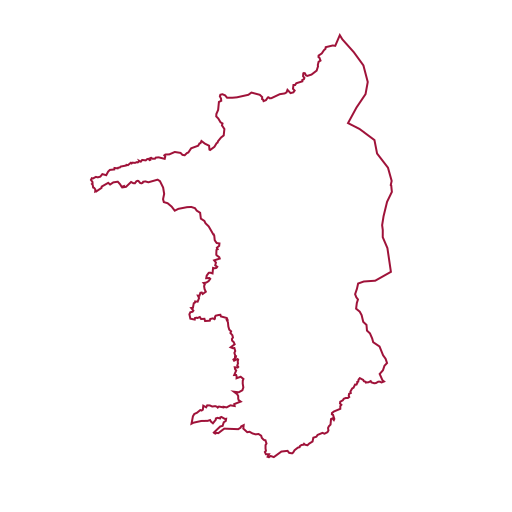 the district of Pano Panagia, Paphos, Cyprus, rotated 349°
{"feature_id": "46923920B33714587896947", "entity_name": "Pano Panagia", "entity_type": "district", "adm_level": 2, "iso_a3": "CYP", "parent_name": "Cyprus", "parent_adm1": "Paphos", "projection": "orthographic", "projection_center": [32.621, 34.95], "detail": "fine", "context": "isolated", "style": "outline", "palette": "rose", "viewbox_px": 512, "rotation_deg": 349, "n_neighbors": 0, "source": "geoboundaries", "source_scale": "gbopen_adm2", "svg_char_len": 6118}
<svg xmlns="http://www.w3.org/2000/svg" viewBox="0 0 512 512"><g transform="rotate(349 256 256)"><path d="M380.4,55.2L373.9,64.8L371.5,64.0L364.3,64.3L363.7,65.9L361.9,67.0L359.2,69.7L355.7,71.2L355.3,72.6L356.1,73.5L356.6,76.5L354.5,77.3L353.1,80.4L353.1,81.6L350.9,85.6L345.1,88.5L340.7,89.0L339.5,88.2L338.9,86.0L337.9,85.5L337.3,85.7L336.5,88.5L337.5,90.4L336.7,91.6L335.0,92.1L334.8,93.4L328.5,94.1L327.0,95.6L325.4,95.3L324.2,98.9L325.5,101.0L323.9,102.5L321.0,102.7L318.6,98.9L317.2,101.2L315.2,101.9L310.2,101.7L301.2,104.0L299.5,103.8L298.6,102.6L297.9,102.6L295.5,104.9L293.0,105.4L292.8,103.9L291.9,103.1L292.4,101.2L290.5,98.5L282.7,94.7L279.3,96.3L267.5,96.6L262.7,96.1L257.8,95.1L256.3,92.4L253.9,90.8L251.8,90.9L251.0,92.3L251.7,94.8L251.5,97.0L249.0,97.7L246.7,105.4L244.2,109.0L243.6,111.4L245.2,113.8L246.7,118.0L248.4,119.5L247.5,121.3L249.2,125.3L247.3,131.5L244.3,133.0L240.5,136.2L240.0,137.3L238.8,137.8L236.0,140.9L231.2,143.2L230.6,142.7L231.0,138.8L227.3,136.0L224.4,132.7L223.0,134.7L222.0,134.7L220.3,136.7L212.9,137.9L209.3,141.5L207.8,141.8L205.2,143.5L203.1,142.7L201.6,140.4L196.1,138.4L190.3,139.7L186.4,139.1L185.2,139.7L185.9,141.1L184.9,143.2L179.3,140.6L176.4,140.3L175.4,141.2L173.0,140.8L171.8,139.6L170.8,139.8L170.7,141.4L169.9,141.6L168.9,140.1L167.7,140.1L166.0,141.1L162.6,140.0L160.9,141.4L159.5,140.3L159.6,140.7L157.8,141.6L157.1,141.1L155.0,141.5L152.4,140.8L151.6,141.4L150.9,140.6L147.6,142.4L146.2,141.8L145.7,142.4L140.2,142.4L139.4,143.1L137.4,143.1L137.0,143.6L133.9,142.6L133.4,144.0L129.0,143.6L127.0,144.9L124.4,148.1L120.8,146.3L118.3,148.4L115.7,148.6L113.9,147.8L110.7,148.8L109.7,148.3L108.5,149.8L109.6,152.1L109.4,153.6L108.7,154.0L109.3,155.1L109.2,157.7L110.1,158.2L111.0,160.1L110.5,161.9L111.1,161.7L111.4,162.2L117.3,159.7L117.8,158.4L124.9,156.0L126.4,158.0L130.0,156.5L134.5,156.7L136.3,159.7L137.3,162.4L139.3,162.2L138.6,163.2L141.6,163.3L147.5,159.5L149.4,161.1L151.0,161.5L152.9,159.8L154.2,159.6L154.9,159.9L156.2,162.2L157.4,162.8L158.6,162.6L159.4,161.6L161.7,161.7L164.4,163.1L174.0,162.3L176.0,164.2L177.9,171.1L177.7,177.5L175.6,182.5L175.8,185.5L179.3,187.3L182.6,191.4L184.9,196.0L188.8,194.9L197.6,194.9L201.8,195.5L205.2,197.4L206.5,200.2L209.4,202.9L209.0,208.8L212.0,211.7L212.7,214.3L215.2,217.9L218.2,226.7L218.6,226.7L218.9,228.0L218.5,232.6L219.0,233.9L219.9,235.8L222.5,236.7L221.8,239.0L219.2,240.4L219.6,242.0L218.7,242.0L218.3,242.7L217.3,246.9L217.4,247.7L219.7,250.2L219.9,251.6L214.1,252.3L215.4,254.8L214.2,257.4L215.9,259.2L214.9,260.1L213.0,260.2L211.6,259.5L210.0,264.8L207.8,263.6L206.4,263.5L203.9,265.8L202.9,268.3L206.0,268.7L206.7,269.7L204.7,271.6L202.2,272.6L199.4,272.5L200.3,274.1L199.3,275.6L199.2,278.7L199.9,281.5L196.4,283.1L195.8,281.5L194.4,281.5L192.9,284.2L191.4,283.8L192.1,286.4L190.0,289.7L187.6,289.0L187.3,290.0L185.9,290.5L184.2,294.8L182.5,294.7L184.1,297.7L183.1,298.6L180.8,298.7L179.5,300.5L179.6,305.0L183.7,306.7L184.2,305.3L185.8,305.2L186.6,305.7L189.2,305.2L190.1,307.4L193.4,307.8L193.6,310.1L198.3,310.7L199.1,309.1L201.8,309.0L203.2,310.1L203.7,309.7L204.3,307.6L205.1,306.9L208.2,306.8L209.8,306.9L210.0,308.6L215.5,311.3L215.9,313.2L215.1,313.2L215.8,315.7L215.4,319.9L215.7,323.2L217.2,325.2L216.2,326.7L217.7,329.3L217.8,331.6L216.5,332.9L216.4,334.5L217.7,336.3L218.2,338.6L213.7,340.8L215.7,342.1L217.2,342.2L217.5,345.3L216.3,347.0L216.6,349.9L217.3,350.5L216.9,351.4L216.1,351.2L215.8,352.5L214.1,353.3L214.5,354.6L218.1,353.6L218.7,354.2L217.8,356.5L217.9,357.8L216.7,359.9L217.4,361.5L216.7,362.0L213.9,361.2L213.9,363.3L214.7,364.6L211.9,368.7L213.8,369.0L214.0,370.7L213.6,372.3L217.9,371.6L220.2,374.3L219.2,375.9L218.6,378.7L218.5,382.6L217.0,385.2L213.0,386.5L208.4,385.0L211.1,388.0L211.8,390.0L211.3,392.8L211.5,394.2L213.2,396.0L206.4,397.2L206.4,399.2L202.4,397.7L198.3,399.0L195.3,397.8L195.1,398.4L190.9,396.7L189.5,397.5L188.9,396.5L187.3,395.6L184.3,395.4L182.2,393.9L179.6,393.3L178.2,395.0L175.7,392.9L174.5,396.7L173.1,397.3L171.9,396.6L168.2,398.6L165.3,399.3L163.5,401.3L160.7,408.3L162.8,407.7L170.8,407.5L177.1,408.6L179.6,408.3L180.2,410.0L181.8,412.0L185.3,409.0L185.6,407.8L187.3,407.5L189.7,408.6L190.2,407.6L191.3,407.4L194.5,410.1L195.6,410.1L194.9,412.1L192.6,413.1L190.8,416.4L188.4,416.5L180.9,421.3L181.3,421.9L182.2,422.6L183.5,422.1L185.2,422.7L191.9,419.4L205.5,422.6L208.1,421.6L209.0,420.4L211.6,419.7L210.6,423.0L213.8,427.3L216.1,427.3L218.7,429.5L221.6,431.0L224.5,431.2L226.8,433.4L227.0,435.6L228.0,437.2L228.9,438.3L230.1,438.7L230.5,442.1L229.3,443.4L228.6,446.9L228.6,449.1L227.3,450.1L227.9,452.5L230.9,453.1L229.1,455.3L230.3,456.0L232.2,455.1L235.1,456.8L243.6,452.8L249.8,453.3L251.0,455.6L253.8,456.6L255.0,456.0L256.8,454.0L260.5,452.1L262.3,452.0L262.8,451.0L264.6,450.2L266.5,450.3L267.3,449.5L268.1,450.6L270.4,451.6L272.4,450.3L276.1,448.9L277.6,445.3L280.8,444.9L282.3,443.4L287.5,442.3L289.3,443.5L292.5,442.6L293.8,441.1L293.9,438.6L295.0,437.1L297.0,435.7L298.5,430.4L300.0,430.0L301.1,431.9L301.8,430.9L301.3,426.6L300.3,425.9L300.6,424.6L302.8,423.5L309.6,422.1L310.1,419.4L311.4,418.4L310.3,416.8L310.9,415.1L313.7,414.2L314.9,412.9L317.1,412.5L319.1,412.9L320.6,412.2L320.4,410.8L321.1,409.0L322.9,408.6L322.8,407.1L325.1,404.4L326.6,403.9L328.7,401.1L330.1,401.4L331.2,400.0L331.3,399.0L332.4,398.8L333.1,396.9L334.6,395.7L337.6,398.1L338.0,399.5L339.6,400.4L339.7,401.2L342.4,401.4L344.7,400.7L345.2,402.1L347.8,403.5L349.5,403.6L352.0,402.7L353.6,403.0L355.1,404.1L357.7,403.6L356.4,402.0L354.9,395.4L358.8,392.4L361.2,388.2L364.2,386.1L363.6,381.6L361.8,377.7L360.0,368.4L354.6,363.0L354.3,359.1L353.1,353.7L350.7,350.4L351.3,344.7L348.7,341.1L348.4,334.2L347.2,330.4L344.2,326.8L346.0,321.4L347.8,318.1L346.6,315.7L346.0,312.4L348.9,307.3L351.0,302.5L357.0,301.6L368.3,303.0L385.4,297.3L386.5,273.3L384.0,261.7L385.4,254.7L385.7,249.8L388.8,241.3L395.0,227.8L401.6,219.0L402.2,212.6L401.8,212.1L403.5,208.2L402.4,194.5L394.4,178.5L394.4,164.8L381.9,151.1L371.7,143.1L383.0,129.4L394.4,118.0L398.9,106.5L397.8,89.4L390.9,74.6L382.1,59.8L380.4,55.2Z" fill="none" stroke="#9f1239" stroke-width="2"/></g></svg>